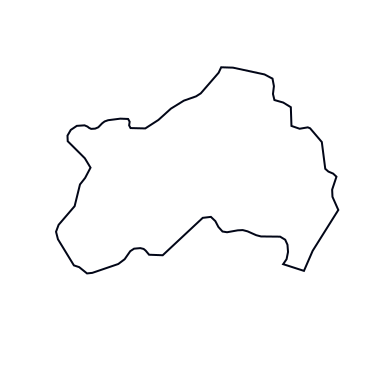 the Province of Pescara, rotated 72°
{"feature_id": "ITA-5418", "entity_name": "Pescara", "entity_type": "Province", "adm_level": 1, "iso_a3": "ITA", "parent_name": "Italy", "parent_adm1": "", "projection": "albers", "projection_center": [13.979, 42.31], "detail": "fine", "context": "isolated", "style": "outline", "palette": "ink", "viewbox_px": 384, "rotation_deg": 72, "n_neighbors": 0, "source": "natural_earth", "source_scale": "10m", "svg_char_len": 1176}
<svg xmlns="http://www.w3.org/2000/svg" viewBox="0 0 384 384"><g transform="rotate(72 192 192)"><path d="M254.3,58.4L285.2,95.4L301.6,109.9L288.8,127.6L285.1,122.8L278.7,119.2L271.7,117.5L266.2,118.1L261.7,122.0L255.6,140.1L252.9,144.3L246.6,151.3L243.9,155.5L242.6,160.3L241.1,171.1L239.0,175.2L233.4,177.7L226.9,178.8L221.5,181.7L219.9,189.8L243.1,239.4L238.4,252.2L233.4,254.2L231.2,255.6L229.4,258.5L228.0,264.6L229.2,269.0L235.1,276.8L237.7,284.4L238.1,311.8L237.0,317.0L228.6,322.5L225.3,327.0L195.5,334.1L187.8,333.6L182.0,329.0L169.2,308.0L150.2,296.2L145.6,289.3L137.5,281.0L126.8,283.5L105.3,294.5L99.9,293.0L95.5,288.1L93.5,281.1L95.4,273.6L97.5,271.2L99.3,270.0L100.8,268.4L101.8,264.5L101.5,261.1L98.9,256.2L97.9,253.3L97.8,249.6L100.1,237.5L102.8,230.2L105.9,229.6L109.2,231.2L112.2,230.7L117.1,216.8L113.1,201.7L106.2,186.3L102.6,171.5L102.3,158.6L100.9,153.2L86.8,129.8L82.4,125.7L86.4,114.6L102.6,86.7L109.1,80.4L116.7,81.4L123.8,84.7L130.0,85.2L135.1,77.6L141.9,71.8L159.9,77.0L165.1,70.1L166.3,61.9L167.9,60.0L184.6,53.1L211.1,58.1L214.7,56.0L218.1,52.1L222.1,49.9L233.1,58.0L240.0,59.9L254.3,58.4Z" fill="none" stroke="#020617" stroke-width="2"/></g></svg>